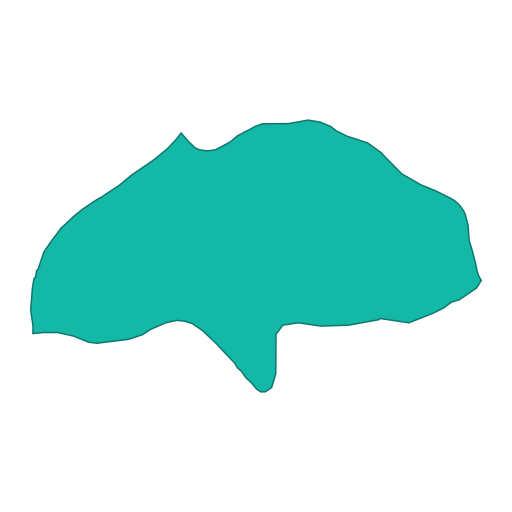 Soloma, Huehuetenango, Guatemala (Equal Earth projection)
{"feature_id": "79465075B1417859081281", "entity_name": "Soloma", "entity_type": "district", "adm_level": 2, "iso_a3": "GTM", "parent_name": "Guatemala", "parent_adm1": "Huehuetenango", "projection": "equal_earth", "projection_center": [-91.436, 15.697], "detail": "fine", "context": "isolated", "style": "filled", "palette": "teal", "viewbox_px": 512, "rotation_deg": 0, "n_neighbors": 0, "source": "geoboundaries", "source_scale": "gbopen_adm2", "svg_char_len": 1323}
<svg xmlns="http://www.w3.org/2000/svg" viewBox="0 0 512 512"><path d="M481.3,280.5L478.9,276.3L477.2,271.6L475.4,262.8L472.4,251.2L469.1,240.1L468.1,225.5L465.3,214.7L463.5,210.7L459.1,204.6L454.6,200.7L451.3,198.7L436.9,191.4L420.6,184.7L401.8,173.9L385.5,157.4L381.1,152.6L367.6,142.9L347.0,136.2L336.4,130.9L330.4,126.3L320.2,122.1L308.2,120.1L288.4,123.6L262.5,123.8L255.7,126.2L237.5,135.8L230.3,141.9L215.7,149.7L207.7,150.9L199.6,149.9L194.8,147.6L188.6,141.6L181.1,133.0L175.8,139.9L167.7,148.4L160.3,154.6L154.9,159.0L146.8,164.7L145.4,165.6L131.5,175.1L119.4,185.2L104.8,194.8L101.9,197.0L99.9,197.9L94.9,200.8L83.4,208.6L74.0,216.1L68.8,221.0L61.3,227.9L51.7,240.6L43.8,252.1L38.2,269.0L36.7,270.4L35.5,277.1L34.0,278.6L32.4,288.0L30.7,309.9L33.0,325.9L32.9,333.5L44.2,332.5L58.1,332.6L74.0,336.2L88.5,342.2L97.3,343.3L101.7,342.6L128.2,339.4L142.5,334.7L150.6,329.4L165.6,322.8L176.8,320.4L184.9,321.2L192.3,323.6L202.7,330.7L216.7,344.0L222.0,349.8L234.7,363.1L237.3,367.7L241.4,371.3L246.0,377.9L251.4,382.8L256.7,389.2L261.0,391.9L265.4,391.8L269.7,388.8L271.6,387.6L275.8,373.8L276.0,334.3L282.9,325.1L298.5,322.8L320.9,326.1L348.4,325.2L378.7,319.7L380.3,318.5L408.9,322.8L433.3,313.1L443.4,308.1L451.3,302.2L459.4,299.7L476.5,288.0L481.3,280.5Z" fill="#14b8a6" stroke="#0f766e" stroke-width="1.5"/></svg>